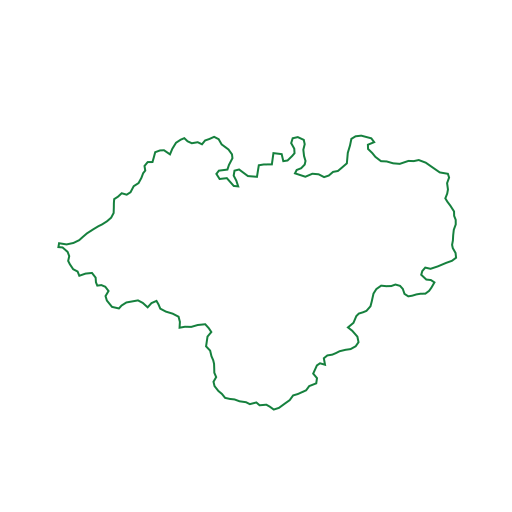 the district of Fartura, São Paulo, Brazil, rotated 106°
{"feature_id": "56859067B5459556715970", "entity_name": "Fartura", "entity_type": "district", "adm_level": 2, "iso_a3": "BRA", "parent_name": "Brazil", "parent_adm1": "São Paulo", "projection": "robinson", "projection_center": [-49.525, -23.4], "detail": "fine", "context": "isolated", "style": "outline", "palette": "green", "viewbox_px": 512, "rotation_deg": 106, "n_neighbors": 0, "source": "geoboundaries", "source_scale": "gbopen_adm2", "svg_char_len": 3238}
<svg xmlns="http://www.w3.org/2000/svg" viewBox="0 0 512 512"><g transform="rotate(106 256 256)"><path d="M195.6,386.0L200.2,388.0L204.4,386.0L207.5,387.3L212.5,387.7L218.3,389.0L222.6,392.8L229.3,394.2L232.7,397.2L232.7,402.4L237.0,405.0L240.4,408.0L244.3,407.2L248.7,406.0L253.9,404.7L259.1,405.8L263.7,408.8L268.1,412.7L270.8,415.7L275.1,419.7L280.8,424.7L285.5,427.8L289.5,430.3L293.8,435.1L297.1,441.3L298.0,448.8L301.9,448.4L301.1,444.3L304.0,438.2L307.6,435.5L312.5,435.2L315.2,432.7L319.1,428.1L320.1,423.2L323.7,420.4L319.9,415.0L317.5,409.0L321.0,404.2L325.4,402.6L328.2,400.4L326.6,396.6L327.1,392.4L330.3,388.1L336.0,389.6L339.9,387.1L344.6,380.4L344.2,373.3L340.7,371.6L336.4,367.8L333.1,361.1L331.2,357.2L332.3,351.9L335.2,346.0L330.1,343.5L326.6,339.3L329.5,336.3L333.0,333.5L334.3,327.3L334.4,320.2L335.7,313.7L340.3,311.0L346.0,309.7L343.6,304.8L342.0,298.7L338.4,293.0L335.6,286.0L338.4,281.5L341.4,278.0L346.8,280.4L356.6,279.1L359.6,274.0L364.6,271.2L368.0,268.4L371.2,266.6L375.8,265.1L379.7,263.9L383.4,260.9L388.6,262.2L392.5,260.0L396.1,255.0L398.0,250.7L400.9,246.6L400.6,241.7L399.8,237.1L400.2,231.8L399.3,225.3L400.1,221.1L396.7,215.3L398.5,211.4L396.1,205.1L397.0,201.3L398.7,196.6L395.7,192.1L389.8,187.5L385.3,183.9L379.8,181.9L377.2,177.8L371.3,170.8L366.4,169.0L361.8,163.0L356.6,163.7L353.3,168.6L344.4,167.3L341.5,164.9L341.5,159.7L335.6,162.6L331.9,160.0L329.8,155.5L327.3,152.4L324.5,149.4L321.5,144.1L319.4,139.4L315.3,135.3L310.6,133.7L305.6,136.3L301.4,142.8L299.3,147.9L293.4,143.9L286.1,143.0L283.0,141.3L280.6,137.6L278.3,134.7L272.8,132.1L268.1,132.2L259.7,132.7L254.6,131.2L250.0,127.5L249.1,122.4L247.6,117.7L245.0,114.1L245.0,109.3L247.2,105.8L251.5,102.8L252.8,98.5L251.1,94.9L248.7,91.2L247.0,87.6L245.5,82.8L241.8,80.0L238.2,78.7L232.2,77.2L230.9,81.3L231.7,85.8L228.5,92.0L224.6,92.0L220.5,90.1L220.2,84.7L215.9,78.4L210.1,71.2L206.6,66.3L202.5,63.2L198.1,65.0L194.2,69.0L191.2,70.6L186.9,71.0L181.6,72.2L176.2,73.1L170.6,72.7L166.2,74.0L162.8,76.6L158.6,77.9L154.1,83.0L151.0,87.1L148.4,89.9L143.4,89.4L139.2,89.8L133.3,92.4L127.4,92.0L124.1,94.2L125.0,102.4L121.5,112.7L119.5,118.5L118.9,126.0L121.3,130.5L122.6,135.7L127.8,143.2L129.1,149.7L129.1,156.5L130.4,162.0L127.8,168.6L125.0,172.6L122.2,177.8L118.2,179.1L114.0,173.8L111.1,177.6L111.3,188.0L113.5,193.3L117.1,196.6L123.9,196.1L131.5,196.2L141.9,194.2L147.4,197.8L151.7,200.7L153.9,205.1L158.6,208.2L161.4,212.3L160.2,218.3L161.4,224.5L166.2,230.4L165.8,241.3L162.1,240.6L159.2,236.8L154.7,234.4L151.0,234.6L146.6,237.4L140.8,239.8L135.1,240.0L131.2,242.1L130.2,248.6L132.7,253.2L137.8,253.3L142.3,248.8L146.6,247.3L149.9,248.8L155.5,252.0L157.3,255.9L151.0,259.4L152.3,267.6L163.6,266.0L165.8,273.6L168.0,278.3L173.9,277.6L179.6,276.9L181.4,285.8L177.5,296.1L179.9,300.2L184.9,299.6L189.0,295.7L194.0,292.3L194.8,296.7L189.2,305.5L192.0,312.2L188.0,316.7L184.2,315.2L180.8,307.3L175.9,307.1L168.5,305.6L164.9,307.1L161.2,311.8L158.2,319.8L154.0,324.1L153.0,329.1L156.4,333.1L159.0,336.8L163.5,338.7L162.7,343.4L165.3,348.8L164.6,353.4L162.5,357.4L164.9,360.4L169.2,364.1L176.0,366.0L182.0,366.7L179.7,373.6L181.0,377.4L184.0,381.5L189.8,381.4L194.2,381.4L195.6,386.0Z" fill="none" stroke="#15803d" stroke-width="2"/></g></svg>